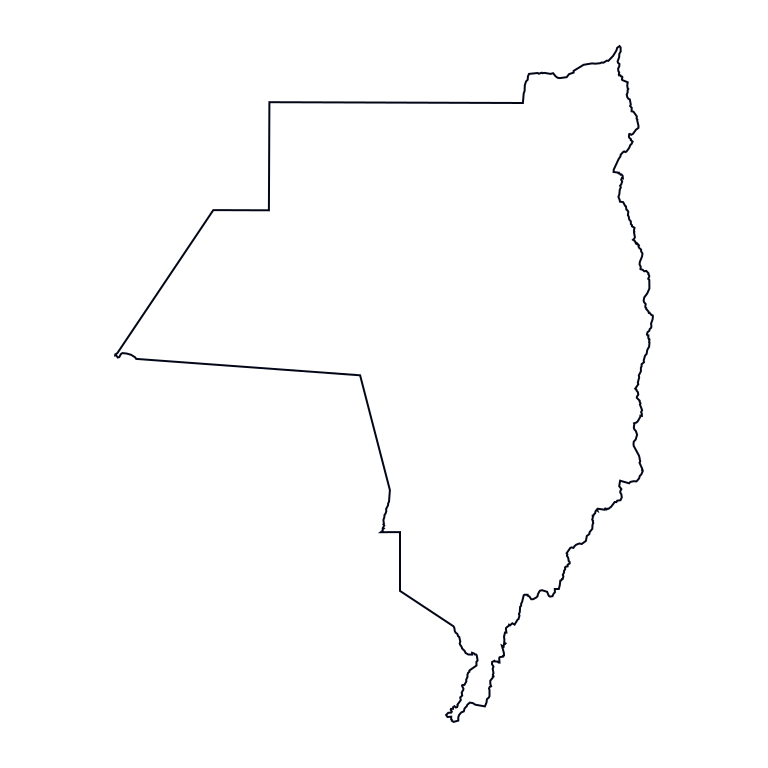 Poman, Catamarca, Argentina
{"feature_id": "61730980B48511689100190", "entity_name": "Poman", "entity_type": "district", "adm_level": 2, "iso_a3": "ARG", "parent_name": "Argentina", "parent_adm1": "Catamarca", "projection": "natural_earth1", "projection_center": [-66.149, -28.302], "detail": "fine", "context": "isolated", "style": "outline", "palette": "ink", "viewbox_px": 768, "rotation_deg": 0, "n_neighbors": 0, "source": "geoboundaries", "source_scale": "gbopen_adm2", "svg_char_len": 6065}
<svg xmlns="http://www.w3.org/2000/svg" viewBox="0 0 768 768"><path d="M476.4,661.8L476.5,665.5L469.4,670.5L469.4,671.8L468.1,672.8L467.4,675.0L467.5,676.8L466.2,679.7L466.3,681.5L464.4,684.9L462.4,685.0L462.0,685.8L463.4,688.5L463.3,689.8L461.7,692.5L462.2,695.6L460.2,697.4L460.8,700.1L457.4,704.7L457.7,705.6L457.1,707.1L455.9,707.5L454.4,706.2L453.1,707.2L453.0,708.8L451.0,708.9L450.7,709.8L451.8,711.6L451.3,712.6L448.2,712.8L446.1,715.0L447.5,717.0L451.2,716.7L451.1,719.1L451.9,719.9L451.8,720.7L453.6,721.9L458.3,720.6L458.3,717.1L459.2,714.8L461.3,712.4L463.8,711.4L464.6,708.4L466.8,706.1L467.3,704.8L469.8,702.6L472.8,703.1L475.3,704.7L484.9,706.4L486.5,702.5L486.9,699.2L488.8,697.6L489.5,696.2L489.5,690.0L489.0,688.5L489.7,686.9L491.1,686.3L490.3,683.9L490.3,680.7L492.8,677.6L492.8,676.5L493.5,676.4L492.9,674.4L493.5,673.1L492.7,668.7L493.5,666.7L492.0,664.2L492.1,662.0L494.4,660.8L494.7,661.4L497.5,661.6L498.5,662.5L499.5,662.6L499.2,658.2L499.6,657.2L503.1,656.6L503.1,655.8L504.0,655.5L503.9,653.0L501.9,645.7L503.6,646.7L504.0,644.1L505.0,644.0L505.5,643.4L504.2,642.6L504.4,639.7L504.0,636.7L505.0,632.5L506.4,632.6L505.9,629.0L506.2,627.7L508.7,625.8L509.1,624.7L510.1,625.3L512.3,623.3L514.6,624.6L517.6,619.6L518.5,619.1L519.5,615.6L518.9,614.2L519.8,612.0L520.1,606.8L521.1,605.8L521.2,603.6L522.1,601.9L523.7,595.3L524.6,594.7L527.6,594.8L527.6,595.6L529.4,596.5L531.2,599.2L533.2,599.2L536.4,597.4L537.5,596.3L537.9,594.3L539.4,591.4L540.0,590.7L542.0,590.2L547.1,591.8L548.8,595.9L550.1,596.6L552.5,596.2L553.6,593.7L554.9,592.3L554.8,589.0L558.8,589.0L559.8,585.1L560.3,580.6L561.4,580.3L561.9,579.0L562.7,578.9L563.4,576.3L562.8,574.9L564.1,572.4L564.0,570.9L565.2,569.1L565.0,567.5L565.7,566.7L567.6,566.4L567.7,564.7L569.7,563.4L569.6,561.9L568.7,561.0L568.2,557.8L566.9,555.7L567.4,554.4L566.6,553.2L570.4,547.8L571.5,547.4L573.4,547.9L574.6,546.1L576.2,544.7L579.3,543.5L581.7,544.0L585.9,540.9L586.8,536.0L589.3,534.1L589.6,532.2L592.3,528.8L592.5,524.8L593.3,523.0L592.8,521.8L593.1,520.8L592.2,519.7L592.9,517.2L592.7,515.7L593.5,515.6L593.7,514.6L595.1,513.3L595.5,511.3L596.6,509.9L597.4,510.5L597.0,509.4L597.7,508.7L604.4,509.7L605.1,508.7L605.6,509.2L605.7,508.7L606.9,509.2L607.3,508.7L608.5,508.8L611.2,506.7L614.7,502.0L616.4,502.1L617.2,500.7L620.5,500.2L621.8,497.3L621.3,494.1L620.2,492.5L620.4,490.9L621.4,489.1L619.2,486.2L620.1,480.7L629.1,483.3L630.4,481.9L633.8,481.2L636.5,481.4L639.1,478.4L639.8,475.9L641.2,474.6L642.7,471.3L642.7,470.4L642.1,470.3L642.2,468.8L639.5,462.7L640.2,461.4L639.1,455.9L633.7,445.9L633.5,443.6L633.8,441.6L635.7,439.5L637.1,434.7L635.8,430.9L634.5,429.6L633.8,427.7L634.3,424.2L634.0,423.3L636.5,422.5L637.8,421.2L640.2,417.0L640.4,415.6L641.9,415.9L641.8,413.6L641.1,412.1L642.1,410.2L639.9,404.4L640.5,403.3L639.5,401.4L639.7,400.7L636.8,397.8L636.9,396.7L638.3,394.7L637.9,392.2L636.5,390.5L636.4,389.6L635.2,388.7L638.3,384.2L637.8,382.6L639.2,377.4L638.8,375.4L640.9,371.3L640.9,367.7L641.6,366.4L641.6,364.2L644.0,362.2L643.7,360.5L645.0,355.8L646.6,353.9L647.3,349.9L649.1,346.7L649.5,342.7L649.1,342.3L649.4,340.7L649.0,339.7L649.4,339.2L648.3,338.1L648.4,335.4L647.5,335.4L646.9,334.3L647.6,332.1L649.3,330.8L649.7,329.1L651.2,327.7L651.4,325.5L651.0,323.8L652.6,319.3L652.9,316.7L652.6,315.3L651.4,315.0L649.6,312.8L648.8,312.9L648.4,311.4L646.2,309.0L646.3,308.2L645.4,307.4L645.3,306.2L645.7,304.1L644.1,302.2L643.6,300.7L644.3,297.3L647.2,293.5L649.4,288.5L649.3,280.0L648.2,278.8L649.2,276.7L649.2,275.4L648.3,274.2L648.5,273.3L646.3,270.9L644.3,271.3L642.5,269.7L640.5,269.2L640.7,266.7L639.6,264.5L639.8,262.0L642.0,256.6L642.5,253.5L641.1,251.3L641.1,249.6L639.0,247.7L638.5,246.4L639.0,245.4L637.1,243.4L636.9,244.1L635.9,243.5L634.9,241.1L633.0,239.8L634.4,238.5L634.9,237.0L634.0,232.7L634.4,231.9L633.9,231.0L634.5,227.8L632.0,226.3L632.0,225.2L630.9,224.1L630.8,221.3L629.2,219.5L628.7,216.4L627.9,215.3L628.3,211.9L627.5,210.4L626.4,209.6L625.9,206.3L625.1,205.9L623.2,202.2L619.9,201.6L619.7,200.0L618.4,196.9L619.3,194.5L619.8,189.6L620.8,187.5L620.1,185.7L621.2,184.5L622.2,181.4L621.2,179.8L621.8,178.1L622.9,178.4L622.6,175.7L621.4,174.4L620.6,174.7L619.0,172.8L618.5,173.3L617.5,172.5L613.6,172.0L613.7,169.7L618.6,159.1L620.5,156.3L620.6,154.8L623.4,151.8L624.2,151.4L625.3,152.1L626.5,151.5L629.2,147.9L630.2,145.2L631.5,144.0L632.6,141.6L630.8,140.1L631.0,139.3L629.2,137.6L628.9,136.4L629.2,134.1L629.8,133.9L631.2,134.8L632.9,133.9L636.0,129.7L638.4,127.9L638.5,125.9L637.2,120.4L637.4,119.5L636.6,118.7L636.8,116.4L633.5,111.7L631.6,111.3L631.7,107.7L630.1,106.0L630.8,104.6L629.8,99.4L628.5,98.9L627.3,97.2L626.7,94.5L627.6,92.7L627.6,90.2L628.3,89.0L627.7,88.4L627.2,85.5L627.7,82.3L622.2,80.0L621.9,79.2L622.4,77.2L622.0,76.6L620.9,76.3L620.4,75.3L619.1,75.4L618.8,74.7L619.2,72.3L618.4,71.3L618.1,68.6L619.3,66.4L619.4,63.9L618.0,62.8L617.6,61.4L619.2,57.1L619.3,54.0L620.7,51.4L620.6,47.4L619.5,46.1L617.2,47.8L616.4,50.5L613.1,55.9L608.3,60.9L606.9,60.6L603.4,62.7L601.6,62.5L600.2,63.2L595.3,63.7L592.0,63.4L583.6,64.8L573.6,70.9L573.6,72.6L569.1,74.1L566.6,77.2L559.7,78.1L557.7,77.8L555.6,76.3L553.1,73.2L550.5,73.9L544.6,72.9L542.4,73.2L541.9,72.7L538.8,73.7L537.7,73.0L529.0,73.9L527.9,76.5L527.7,79.7L526.0,81.5L524.8,85.3L524.6,90.9L523.7,93.4L522.9,103.0L269.4,102.2L268.9,210.3L213.3,210.1L117.3,353.2L115.3,354.4L115.1,355.5L116.2,355.4L117.8,357.5L119.3,357.1L120.8,354.2L122.3,353.1L126.5,353.5L131.1,354.8L135.2,357.4L136.2,358.9L360.1,375.3L389.9,490.1L389.0,501.8L388.2,503.2L388.0,505.4L386.1,509.0L386.3,511.3L385.4,513.8L384.5,514.9L384.4,517.0L383.4,520.0L383.9,523.7L383.4,524.3L384.3,525.4L382.9,527.9L383.7,528.5L382.7,529.1L382.7,530.7L380.8,532.2L400.0,532.1L400.0,590.9L453.5,626.3L454.3,627.8L454.8,631.1L455.7,632.7L457.4,634.0L458.1,636.2L459.2,636.9L460.3,641.5L459.7,643.2L460.0,644.5L461.7,647.0L462.1,648.5L464.6,650.9L465.6,653.0L468.3,654.5L472.1,654.6L472.1,652.8L474.1,653.5L474.9,654.5L475.9,654.4L476.7,655.3L477.5,659.7L477.5,660.7L476.4,661.8Z" fill="none" stroke="#020617" stroke-width="2"/></svg>